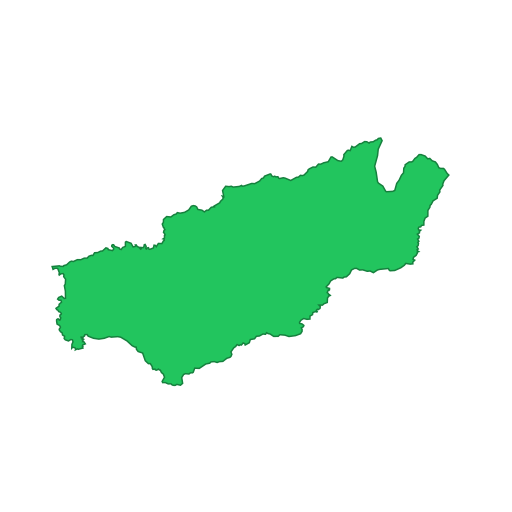 outline of Santi Suk, Nan, Thailand, rotated 331°
{"feature_id": "78962969B68845226908078", "entity_name": "Santi Suk", "entity_type": "district", "adm_level": 2, "iso_a3": "THA", "parent_name": "Thailand", "parent_adm1": "Nan", "projection": "albers", "projection_center": [100.939, 18.92], "detail": "fine", "context": "isolated", "style": "filled", "palette": "green", "viewbox_px": 512, "rotation_deg": 331, "n_neighbors": 0, "source": "geoboundaries", "source_scale": "gbopen_adm2", "svg_char_len": 6070}
<svg xmlns="http://www.w3.org/2000/svg" viewBox="0 0 512 512"><g transform="rotate(331 256 256)"><path d="M369.6,205.8L364.9,208.6L360.4,207.3L357.2,207.1L355.2,205.9L351.3,207.3L349.0,205.8L344.9,205.6L343.3,205.9L342.2,207.1L337.2,208.5L335.6,208.2L334.0,207.0L331.3,207.6L329.5,206.8L323.0,206.8L319.2,202.0L317.8,200.8L314.2,199.7L313.6,199.0L313.6,197.3L311.7,196.4L311.1,195.3L309.8,195.2L308.6,193.7L308.7,191.6L308.2,191.1L302.2,190.3L300.3,191.4L298.5,191.0L295.5,192.2L289.9,192.1L287.5,190.5L279.5,189.0L277.8,188.3L277.6,187.3L275.2,187.1L269.5,184.7L268.2,183.0L266.1,182.3L263.3,180.3L258.5,182.5L256.6,188.5L255.6,187.4L255.6,189.1L254.6,190.1L251.3,191.0L250.1,191.9L244.1,192.0L243.6,192.8L243.2,192.1L242.4,192.4L240.5,191.7L236.6,192.9L235.0,192.0L232.2,192.4L230.9,189.7L227.7,187.1L227.9,184.4L227.2,182.9L225.7,181.6L223.6,181.1L219.5,183.1L214.8,183.2L210.4,181.8L208.2,179.9L206.7,180.6L204.2,180.1L200.4,180.6L197.0,178.2L192.8,179.2L191.3,181.7L189.5,182.6L188.9,186.1L189.3,186.7L188.9,187.7L189.1,188.8L187.6,189.3L186.5,190.6L186.9,191.9L186.7,193.5L185.9,193.6L184.7,195.9L183.1,196.0L183.8,196.7L183.3,197.9L182.4,197.9L179.7,199.5L176.7,197.7L173.3,199.5L173.1,197.9L172.1,197.1L170.2,199.2L166.3,198.7L165.7,198.1L166.0,196.6L165.1,196.3L163.6,196.8L163.2,196.1L164.6,194.3L164.6,192.1L163.7,192.0L162.5,193.5L161.4,194.0L159.3,192.6L159.2,194.0L158.4,194.1L157.8,191.6L156.7,190.0L156.6,188.2L155.8,187.9L155.8,188.8L154.9,189.1L152.9,188.5L152.9,184.3L149.5,180.4L148.5,180.6L146.4,184.3L143.5,183.9L141.2,185.0L140.2,183.8L140.3,182.7L137.1,179.2L136.9,177.1L136.1,176.6L135.1,176.7L134.5,177.6L135.2,179.9L135.0,180.9L133.1,181.7L129.9,178.9L130.1,177.6L128.7,176.1L124.2,177.2L122.4,176.4L119.3,176.3L116.4,174.9L113.5,176.5L112.4,175.6L109.7,175.2L107.3,176.0L104.7,174.6L100.9,174.3L98.0,172.6L93.6,172.3L92.0,171.0L90.1,170.9L86.1,171.9L83.3,171.2L82.5,171.7L80.1,170.3L79.3,169.3L72.6,166.4L72.0,169.3L74.1,169.3L76.1,170.3L76.5,171.1L75.9,175.3L74.8,176.5L74.7,177.3L76.7,177.0L78.8,177.9L78.9,179.4L77.8,180.8L78.2,184.0L75.5,188.2L74.0,189.0L72.3,194.2L68.9,200.6L67.7,200.2L66.6,196.9L63.3,196.6L61.6,197.5L62.2,199.1L64.0,200.2L63.5,202.1L60.4,202.8L59.4,204.4L55.7,204.8L55.7,206.3L56.4,207.0L56.5,209.0L57.5,210.1L57.9,211.9L57.2,212.6L55.9,212.6L55.1,214.0L55.3,215.4L53.8,216.9L52.9,216.8L52.8,215.4L52.1,214.9L50.8,215.0L50.1,216.1L49.0,219.1L50.4,221.4L50.6,222.9L50.3,223.7L48.4,224.6L48.1,225.4L48.3,227.5L49.2,229.1L48.5,231.3L49.7,233.4L48.2,235.2L48.6,236.9L50.8,239.4L53.6,239.3L54.8,240.3L54.3,242.4L52.2,244.0L50.2,247.3L51.4,246.9L53.1,248.4L53.2,249.9L52.6,250.5L54.8,250.6L55.2,251.4L60.0,252.6L60.2,251.4L60.7,251.2L60.5,250.6L61.3,249.8L64.1,250.1L63.8,247.2L62.9,246.8L63.6,246.2L63.5,245.0L64.8,245.1L63.5,242.8L63.8,242.2L65.2,243.3L66.4,242.7L67.1,242.9L68.2,241.8L70.3,242.9L70.3,244.7L74.0,249.2L78.3,252.5L83.4,254.4L88.5,255.2L90.1,256.8L96.0,259.5L98.3,261.4L102.0,267.7L104.2,274.4L105.9,276.9L107.0,277.6L106.2,279.7L106.6,282.4L109.8,285.9L108.4,293.9L109.7,298.0L111.4,298.9L111.6,302.6L110.9,303.9L110.9,305.2L112.8,305.9L112.8,306.9L113.8,307.7L115.9,307.6L116.2,308.8L117.0,309.4L116.8,312.1L117.7,314.4L117.2,317.7L113.1,320.2L113.0,321.5L115.4,322.8L117.2,325.3L119.6,326.5L120.2,328.2L121.4,329.3L122.7,330.0L124.5,329.9L127.3,332.4L130.1,331.8L132.1,326.3L135.3,324.5L137.2,324.7L140.2,326.7L142.1,326.4L143.9,327.4L144.8,327.2L148.0,324.4L151.9,326.8L159.8,326.1L163.5,327.3L165.4,326.8L168.4,328.2L170.4,330.3L172.7,330.6L175.9,332.1L180.9,331.3L184.1,332.0L185.4,331.7L187.2,330.3L187.6,327.7L192.1,325.5L194.3,325.3L196.5,324.3L197.8,326.1L199.4,326.1L200.1,326.8L202.6,325.8L203.7,327.2L203.4,328.6L208.1,328.6L210.5,326.3L214.6,327.7L217.4,326.4L220.2,327.6L224.3,327.6L226.4,329.1L228.1,328.2L228.9,329.7L230.5,331.0L232.5,334.9L236.5,337.0L238.7,336.4L243.0,339.3L245.8,342.4L252.0,344.8L257.3,345.6L259.7,344.3L260.7,342.6L260.8,340.8L263.2,340.8L264.2,339.9L263.3,337.7L261.5,336.1L262.0,335.0L264.4,333.9L267.4,333.8L269.9,336.1L272.6,337.3L274.1,334.7L277.0,334.7L278.3,333.0L280.9,333.4L282.1,334.5L282.7,334.1L282.1,333.2L282.9,332.5L283.8,332.3L284.4,333.0L286.5,332.9L287.7,331.5L287.2,329.4L290.3,331.2L292.3,330.7L295.8,331.2L298.3,327.2L300.8,326.3L301.8,326.5L301.5,325.3L300.8,325.0L301.0,323.7L300.5,322.5L302.5,321.0L303.1,321.4L303.3,320.8L304.0,321.0L304.6,320.0L302.3,317.8L302.4,317.0L306.3,315.8L309.1,314.0L313.0,313.7L314.5,314.4L316.5,314.0L321.3,317.4L322.7,317.1L325.0,318.0L329.4,316.9L332.8,314.5L336.1,314.6L338.0,315.6L339.8,318.5L342.6,319.8L345.9,323.3L348.5,324.4L350.6,327.5L355.5,327.1L357.8,327.7L365.7,331.1L365.7,333.2L366.1,333.9L370.3,335.9L377.0,336.5L381.3,336.0L383.4,335.1L387.0,337.9L389.4,338.9L390.1,337.4L392.8,336.6L391.7,335.0L393.2,333.5L396.3,333.1L398.6,331.6L398.9,330.7L400.4,331.0L399.8,329.9L399.9,328.6L401.3,328.5L401.2,325.8L402.8,325.5L404.2,323.8L404.1,322.5L405.6,322.1L405.5,319.5L407.1,319.4L408.3,318.0L407.7,315.1L410.2,315.0L410.9,313.7L412.5,313.3L410.9,312.0L411.3,310.4L412.8,309.7L414.1,310.4L415.6,309.5L417.8,310.3L419.6,307.1L422.3,304.8L425.6,304.5L428.4,299.5L431.8,297.6L432.8,296.1L434.3,295.8L437.6,293.6L442.5,293.3L444.2,290.9L447.9,289.1L448.6,287.4L453.7,284.9L454.2,283.6L457.0,281.3L463.9,278.7L463.2,276.5L462.9,271.5L462.4,270.3L459.8,268.8L458.7,267.4L459.0,263.8L458.5,260.7L456.2,258.1L455.3,254.9L453.3,254.3L452.4,250.6L449.5,247.3L447.8,246.4L444.3,247.6L442.3,247.7L439.0,249.2L437.7,249.2L435.6,248.0L430.7,248.5L429.8,249.9L427.9,250.8L425.3,254.8L422.3,255.9L417.9,259.1L414.3,260.7L409.2,265.9L407.0,265.8L401.2,263.0L400.8,262.1L400.8,256.3L398.4,251.6L398.3,250.0L401.7,241.0L403.3,235.0L411.0,227.1L414.7,221.8L422.2,216.3L422.3,213.3L420.0,212.5L418.2,213.1L416.7,212.7L413.9,212.9L411.1,211.7L409.7,212.1L408.3,209.8L406.5,208.6L402.8,208.8L401.1,208.0L395.6,208.8L393.9,208.1L393.0,206.6L389.5,209.5L388.0,208.2L387.0,208.0L382.0,209.9L381.3,211.4L378.5,214.0L376.5,214.5L373.8,212.2L370.7,206.3L369.6,205.8Z" fill="#22c55e" stroke="#15803d" stroke-width="1.5"/></g></svg>